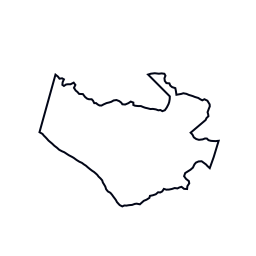 Aguiar, Paraíba, Brazil (Natural Earth projection), rotated 215°
{"feature_id": "56859067B16388053496765", "entity_name": "Aguiar", "entity_type": "district", "adm_level": 2, "iso_a3": "BRA", "parent_name": "Brazil", "parent_adm1": "Paraíba", "projection": "natural_earth1", "projection_center": [-38.219, -7.086], "detail": "fine", "context": "isolated", "style": "outline", "palette": "ink", "viewbox_px": 256, "rotation_deg": 215, "n_neighbors": 0, "source": "geoboundaries", "source_scale": "gbopen_adm2", "svg_char_len": 2420}
<svg xmlns="http://www.w3.org/2000/svg" viewBox="0 0 256 256"><g transform="rotate(215 128 128)"><path d="M198.1,73.8L194.6,74.1L192.6,73.5L190.2,73.1L188.3,72.7L185.9,72.1L183.6,71.9L181.2,71.7L178.1,71.2L175.0,71.1L171.8,70.7L168.6,71.1L166.3,71.6L162.5,71.7L160.5,71.8L157.6,72.2L155.4,72.4L151.7,72.3L148.4,72.5L145.8,73.0L143.1,72.9L140.9,73.0L138.1,72.7L135.5,72.5L132.6,72.4L130.8,72.5L128.5,72.3L126.3,72.0L124.2,71.3L121.5,70.9L119.1,70.3L117.3,68.9L115.4,68.1L113.0,67.0L110.8,65.3L108.1,64.5L105.3,64.8L102.9,64.2L100.7,63.4L98.2,62.6L96.5,62.0L94.6,61.0L92.5,60.5L90.6,60.1L87.7,60.5L86.6,62.4L84.7,63.6L83.1,65.2L80.5,67.4L78.9,69.7L77.5,71.0L74.5,72.3L73.8,75.3L73.3,77.4L71.7,79.9L70.4,83.0L71.1,85.0L69.1,87.1L67.2,89.7L66.5,92.6L64.6,93.7L63.6,95.7L63.7,98.7L61.2,99.5L59.1,101.1L57.1,103.2L55.3,105.6L52.8,106.9L51.8,108.8L50.4,110.5L47.2,110.3L44.6,111.9L46.0,114.4L46.1,117.8L47.7,119.4L51.3,119.6L54.4,120.7L55.3,123.9L54.1,126.8L52.9,129.6L52.1,132.8L52.7,136.3L52.5,138.6L51.0,141.1L48.6,143.0L43.2,142.9L41.1,142.4L38.0,142.0L41.1,153.3L46.4,169.5L48.7,167.5L50.9,166.1L52.8,165.0L55.1,164.2L57.3,164.6L58.9,163.6L60.3,161.5L63.1,159.0L65.8,158.1L68.7,158.1L71.5,159.6L74.0,160.1L69.0,179.1L69.4,181.1L68.9,183.8L70.3,185.3L71.9,186.6L72.9,190.4L73.4,192.6L74.7,194.2L78.6,195.9L81.9,195.4L83.0,193.3L85.2,193.0L87.7,192.9L91.0,191.8L93.2,191.3L95.1,190.7L97.1,190.0L99.7,189.5L102.6,188.2L103.9,186.5L105.9,184.5L107.4,183.0L109.8,185.6L112.1,187.8L115.3,186.8L117.7,187.0L119.7,188.3L122.3,186.8L124.9,187.7L126.7,189.7L127.3,192.3L129.3,193.3L131.8,192.0L133.8,190.2L137.5,188.2L140.4,185.6L142.2,183.3L111.9,177.9L110.4,175.6L109.1,172.8L108.5,170.7L108.0,167.1L108.0,163.7L109.5,161.5L111.8,161.3L113.3,159.9L115.9,159.2L118.6,157.9L120.5,156.4L123.5,155.3L125.4,154.5L127.5,153.9L129.9,153.4L132.6,151.6L135.0,150.3L136.8,149.9L138.2,151.9L140.9,151.2L141.9,148.6L143.8,145.6L146.2,144.2L148.1,144.9L150.6,145.0L153.5,144.3L155.6,142.3L156.7,139.9L158.1,138.1L159.8,136.2L161.5,133.4L162.6,131.2L164.3,130.1L166.4,129.9L168.4,130.1L169.9,129.0L172.3,130.3L174.2,130.7L176.6,129.1L178.3,128.6L181.0,128.8L184.4,129.9L187.6,127.9L190.0,128.5L192.4,128.7L195.3,129.9L195.8,133.1L198.5,134.0L200.2,130.8L202.3,129.4L203.7,128.1L204.6,125.7L206.5,125.7L207.8,128.0L208.4,131.1L210.5,130.9L212.4,129.1L214.8,129.9L218.0,130.1L198.1,73.8Z" fill="none" stroke="#020617" stroke-width="2"/></g></svg>